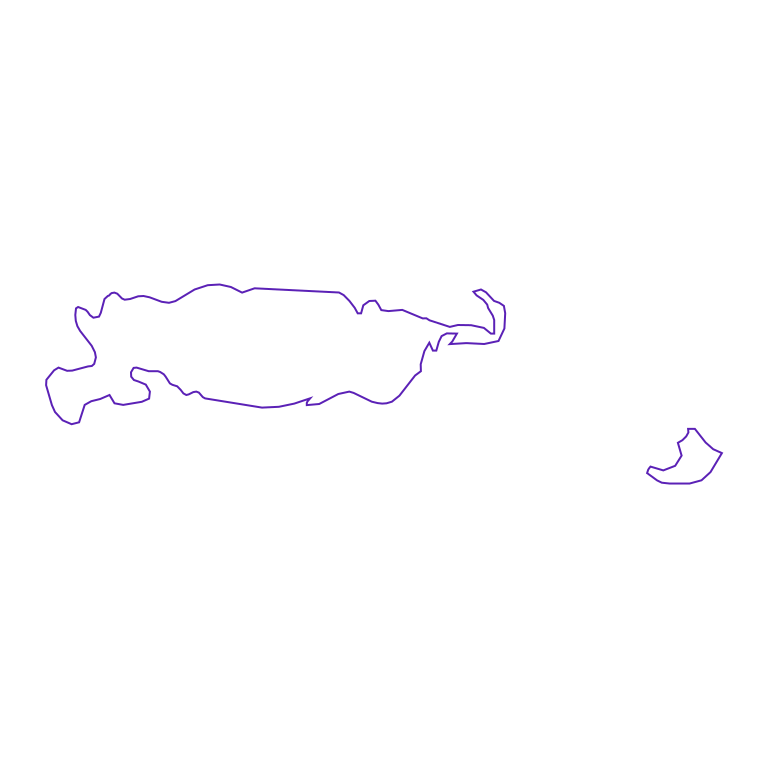 the border of Manus
{"feature_id": "PNG-1251", "entity_name": "Manus", "entity_type": "Province", "adm_level": 1, "iso_a3": "PNG", "parent_name": "Papua New Guinea", "parent_adm1": "", "projection": "orthographic", "projection_center": [147.059, -2.147], "detail": "fine", "context": "isolated", "style": "outline", "palette": "violet", "viewbox_px": 768, "rotation_deg": 0, "n_neighbors": 0, "source": "natural_earth", "source_scale": "10m", "svg_char_len": 2222}
<svg xmlns="http://www.w3.org/2000/svg" viewBox="0 0 768 768"><path d="M499.3,302.8L503.9,305.9L505.2,313.2L504.4,328.5L498.5,341.0L484.2,344.0L466.4,343.1L449.8,344.1L452.3,341.5L456.9,333.6L446.8,333.4L441.6,336.1L438.8,341.8L436.3,350.6L432.9,350.6L429.3,342.7L424.4,351.1L420.7,364.3L420.9,371.2L415.1,375.5L399.4,395.7L391.9,401.7L386.5,403.3L382.2,403.6L377.7,403.1L371.8,401.7L353.6,392.9L349.3,391.6L338.3,394.0L319.2,404.0L306.8,405.1L306.8,402.9L307.5,401.4L310.2,398.3L294.3,403.6L278.9,406.8L262.0,407.6L205.1,398.4L202.8,397.1L198.9,392.6L196.3,391.6L193.3,392.1L188.7,394.4L186.3,395.0L183.4,393.4L180.7,389.9L177.2,386.3L172.4,384.8L169.9,383.4L165.6,376.6L163.8,374.3L160.2,372.0L157.9,371.2L148.7,371.2L136.6,367.6L133.6,367.9L131.0,372.3L131.2,376.7L133.9,380.0L138.4,381.5L145.8,384.6L149.9,391.6L149.1,398.6L141.8,401.8L123.2,404.9L114.5,403.3L109.5,395.0L100.2,399.0L91.3,401.2L84.7,404.9L79.1,422.3L71.6,424.2L62.6,420.3L55.0,412.0L51.9,405.1L46.1,385.2L46.4,379.8L54.1,370.3L58.5,367.6L67.1,370.8L72.2,370.6L88.1,366.4L91.8,366.0L94.2,363.9L95.9,357.4L94.9,352.2L91.7,345.8L80.1,330.9L77.4,326.2L75.8,320.9L75.3,315.0L76.0,308.4L78.1,307.0L85.7,309.9L87.6,311.8L89.9,315.1L93.4,317.7L99.0,316.6L100.8,312.8L104.5,299.0L107.8,296.0L109.3,295.4L110.1,294.3L111.6,293.1L114.4,292.6L117.3,293.7L122.0,298.5L124.7,299.7L130.1,299.0L138.2,296.3L143.5,296.0L149.6,297.3L161.7,301.8L169.0,302.8L175.4,301.1L194.6,289.5L207.7,285.2L219.7,284.5L230.9,287.0L242.1,292.6L254.6,288.3L339.0,292.5L343.7,295.1L349.4,300.9L354.7,307.8L357.7,313.3L361.1,313.3L363.3,305.3L369.3,301.0L375.4,300.7L378.3,304.6L381.3,310.1L388.4,311.1L402.3,309.9L422.7,318.4L426.4,318.3L429.5,320.3L449.8,326.9L457.9,325.0L471.1,325.2L483.9,327.9L490.9,333.6L494.2,333.6L494.2,320.0L492.8,315.7L488.1,308.0L487.2,304.6L483.3,299.9L476.6,295.4L473.5,291.7L481.0,289.5L486.0,292.3L494.0,300.9L499.3,302.8ZM694.9,428.9L705.6,442.5L713.2,449.2L721.9,453.1L710.5,472.1L701.5,480.3L689.7,483.5L669.3,483.5L661.8,482.7L657.1,480.4L647.1,473.1L648.2,469.7L649.1,468.3L650.5,466.6L663.3,470.4L675.2,465.8L681.6,455.6L677.9,442.8L682.4,440.2L686.2,436.4L688.4,432.5L688.1,428.9L694.9,428.9Z" fill="none" stroke="#5b21b6" stroke-width="2"/></svg>